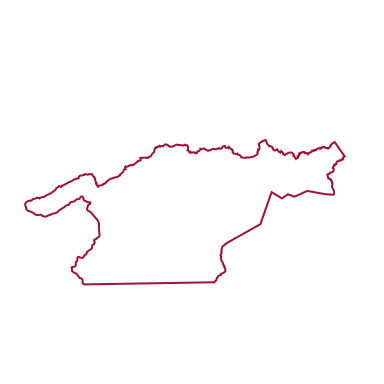 outline of Ialibu/Pangia District, Southern Highlands, Papua New Guinea, rotated 145°
{"feature_id": "67681753B63732128792542", "entity_name": "Ialibu/Pangia District", "entity_type": "district", "adm_level": 2, "iso_a3": "PNG", "parent_name": "Papua New Guinea", "parent_adm1": "Southern Highlands", "projection": "albers", "projection_center": [144.242, -6.409], "detail": "fine", "context": "isolated", "style": "outline", "palette": "rose", "viewbox_px": 384, "rotation_deg": 145, "n_neighbors": 0, "source": "geoboundaries", "source_scale": "gbopen_adm2", "svg_char_len": 6039}
<svg xmlns="http://www.w3.org/2000/svg" viewBox="0 0 384 384"><g transform="rotate(145 192 192)"><path d="M333.1,178.0L225.4,105.2L225.2,105.5L222.7,105.8L221.1,107.2L220.3,107.1L220.1,107.5L218.0,108.2L216.2,107.4L215.4,108.2L211.4,107.6L210.3,108.0L209.0,109.4L208.8,111.4L208.1,111.9L208.3,112.7L207.9,113.9L208.2,114.4L207.8,114.9L207.2,117.4L207.3,118.3L206.5,121.2L205.1,122.4L204.8,124.1L202.6,125.2L202.1,126.6L201.0,127.2L200.8,128.0L198.8,129.4L198.6,129.7L197.3,130.1L196.2,129.8L195.3,130.2L193.5,130.0L193.1,130.3L154.5,126.4L126.9,146.2L122.0,135.2L114.7,135.1L110.8,129.4L96.9,126.7L83.9,113.6L77.6,108.6L76.6,109.1L75.4,110.7L74.8,112.8L74.6,114.8L74.4,115.9L73.8,116.8L73.3,116.7L72.4,118.5L71.8,118.7L71.7,119.8L71.2,120.8L71.6,121.5L71.1,122.4L71.4,123.5L71.9,123.7L71.8,124.5L72.5,125.0L71.7,127.3L71.2,127.9L71.2,128.6L68.4,128.1L67.8,128.6L67.3,128.3L66.7,128.2L65.8,127.7L64.3,127.9L63.0,129.2L62.5,130.4L62.8,131.0L62.3,131.2L61.7,131.9L60.8,131.9L60.5,132.1L58.7,132.0L59.0,132.6L57.9,132.3L56.7,133.3L55.8,133.8L55.0,133.4L53.9,133.5L52.6,132.6L52.3,133.1L50.9,132.4L50.2,132.8L49.4,132.1L49.0,132.9L48.1,133.7L46.5,133.5L46.5,151.1L50.8,151.1L52.1,150.6L52.5,149.8L54.9,149.6L55.6,150.2L55.9,149.8L56.7,150.9L57.4,151.4L57.7,153.1L58.6,153.2L59.4,154.2L59.8,153.7L61.8,153.8L61.9,154.6L62.6,154.4L62.8,154.8L64.1,155.6L65.4,155.4L66.0,155.2L66.6,155.2L67.0,155.9L67.7,155.8L67.9,156.1L68.3,155.9L68.5,156.3L69.6,156.9L69.7,156.3L71.3,156.5L71.6,156.3L72.7,156.8L74.7,156.5L74.3,157.0L74.9,157.1L75.1,157.4L75.7,157.5L76.4,159.1L77.2,159.2L77.2,160.6L78.4,160.9L78.8,161.4L80.6,161.9L80.7,161.4L81.0,161.5L81.8,162.2L82.5,161.6L81.9,161.4L83.2,160.4L84.7,160.6L84.6,160.1L85.0,159.9L85.3,159.3L85.9,159.3L86.6,159.5L87.9,159.5L87.8,163.1L87.4,164.1L87.7,164.1L87.3,164.6L87.5,166.9L88.8,167.9L90.3,168.7L92.3,168.9L93.2,169.2L94.5,169.4L94.8,169.1L95.7,170.9L95.0,171.9L95.4,174.1L95.8,173.6L96.5,174.0L97.0,173.6L97.9,175.4L97.7,176.1L98.0,177.2L97.7,178.1L100.0,178.4L100.9,178.9L101.1,181.2L100.5,181.9L100.7,183.3L101.3,184.5L102.5,185.1L102.3,186.0L102.8,187.7L102.6,189.2L102.3,189.9L102.1,191.4L101.8,192.3L103.4,192.8L104.0,192.8L106.0,193.5L106.8,193.1L108.5,193.4L109.9,193.0L110.6,190.6L112.0,188.8L112.7,188.4L113.5,188.9L113.8,187.9L115.0,187.6L116.0,186.5L116.2,185.6L118.2,185.4L119.7,185.7L120.8,185.5L125.8,187.6L127.3,189.1L128.6,189.1L130.0,190.5L131.7,192.0L131.5,194.0L132.1,195.3L132.9,196.2L132.8,197.2L133.4,197.1L135.1,199.0L135.8,199.5L135.7,200.4L135.9,201.2L134.8,202.5L135.1,203.0L134.9,204.2L135.4,204.6L135.7,206.0L135.9,207.8L137.1,207.2L137.4,208.0L138.8,208.6L139.2,209.5L138.7,210.7L140.2,211.5L141.6,211.3L142.6,210.7L144.0,211.1L144.3,212.3L146.4,212.6L147.6,213.4L149.1,213.9L149.6,215.1L150.8,215.6L152.8,215.6L154.6,216.6L154.9,216.4L155.6,217.0L157.2,220.7L159.5,221.8L160.3,222.6L160.9,221.7L161.4,221.9L163.1,221.5L164.4,222.1L165.5,221.2L166.8,222.2L167.1,222.0L167.4,223.3L170.8,225.1L170.3,225.9L171.3,226.2L171.0,227.0L171.7,228.8L170.8,229.0L170.2,230.3L169.4,230.7L169.1,233.0L170.5,233.8L170.8,234.9L172.3,235.0L177.7,239.8L181.9,240.3L182.5,240.9L183.2,241.2L183.5,241.7L184.3,241.8L185.0,244.7L186.7,246.4L189.1,246.2L190.6,246.8L191.8,248.2L192.4,247.6L193.0,248.6L194.5,248.7L195.7,249.2L196.2,248.6L197.0,249.1L197.6,248.6L198.8,248.0L199.8,246.5L202.6,246.1L205.6,244.8L207.5,245.6L208.4,245.1L209.8,246.0L210.6,247.1L214.8,249.5L215.1,248.3L216.1,247.4L217.0,248.0L217.6,247.8L218.4,248.5L220.0,248.0L224.7,247.8L225.3,248.5L225.7,248.4L226.2,249.0L226.7,248.8L227.4,249.4L231.0,250.0L231.7,251.1L233.1,250.2L233.2,248.8L235.1,249.2L236.4,248.2L237.6,247.7L240.9,247.6L241.4,246.9L244.4,247.2L244.8,247.0L246.3,248.1L247.4,248.2L251.3,249.6L256.6,249.5L257.0,248.9L257.6,249.1L258.6,248.8L259.8,249.6L260.3,249.2L261.3,249.0L264.5,250.5L265.9,250.1L266.0,251.7L265.9,253.1L265.4,253.4L265.8,254.1L265.1,254.5L264.7,256.8L263.6,258.7L263.9,259.5L263.4,260.5L264.0,262.0L263.7,264.1L265.2,264.8L266.0,265.7L267.3,265.9L269.3,268.0L269.8,267.7L270.5,267.8L270.9,268.3L271.9,268.3L274.6,269.7L276.1,269.4L276.9,268.3L281.7,270.0L284.9,270.0L286.9,270.6L294.0,271.3L294.7,271.9L296.3,271.2L297.4,273.0L299.3,272.8L300.9,273.0L302.4,272.1L308.6,271.9L313.8,273.0L314.6,272.7L315.7,272.8L317.7,273.7L319.7,274.4L320.6,274.1L321.7,276.0L324.7,276.7L326.4,277.4L328.5,277.1L330.8,278.5L331.8,278.5L333.3,278.8L334.2,278.6L335.3,277.9L335.9,277.3L336.4,276.4L336.6,274.8L337.3,273.5L337.5,272.5L337.4,271.4L336.4,269.6L335.1,268.1L333.8,265.3L333.7,264.5L333.0,263.0L331.9,261.7L329.0,260.2L328.6,259.7L328.4,258.5L328.1,257.8L326.5,256.1L325.3,255.5L322.6,255.1L321.1,254.6L318.7,254.1L315.6,253.0L313.7,252.6L311.8,253.2L310.9,253.2L309.9,253.0L306.6,253.0L305.9,252.8L305.0,252.8L303.9,253.1L302.4,253.1L300.7,252.2L299.9,252.2L298.7,253.0L297.1,253.2L296.1,252.9L294.2,251.8L293.4,251.7L292.1,252.1L290.7,252.1L288.4,251.1L287.3,251.3L286.1,251.8L285.1,251.8L284.3,250.8L284.2,249.9L284.5,249.2L285.3,248.1L285.0,246.6L284.2,245.4L283.6,243.8L282.8,243.0L281.7,242.4L281.3,241.8L281.3,241.5L282.3,240.8L284.6,240.8L287.0,239.0L287.9,238.3L288.1,237.5L287.9,236.4L287.1,235.0L286.7,234.2L286.4,232.4L286.4,231.3L286.2,230.8L285.9,227.2L285.9,226.0L285.5,223.7L285.6,221.7L286.2,219.8L287.4,217.9L289.1,215.7L291.4,211.7L292.3,209.8L292.8,209.3L293.3,208.9L296.0,208.6L296.3,208.8L297.6,208.4L299.1,208.9L299.8,208.8L300.3,208.1L300.3,207.2L300.6,206.7L301.3,205.9L301.8,205.6L303.9,205.6L304.9,204.9L305.7,203.8L306.3,203.4L307.3,203.1L308.6,203.1L309.9,203.3L312.5,203.1L314.0,201.8L314.6,201.6L315.6,201.9L316.5,201.9L318.0,201.0L319.1,200.7L319.7,201.0L321.3,202.4L321.7,203.5L322.3,204.1L322.9,204.2L323.8,203.6L324.6,202.5L325.3,201.8L326.0,201.3L327.5,201.2L329.0,198.8L329.7,198.3L330.8,198.2L331.5,198.4L333.1,199.3L333.7,199.3L334.1,199.1L334.3,198.6L334.5,197.4L335.5,196.3L335.6,195.7L335.0,193.9L333.5,191.4L333.4,186.0L332.2,184.7L332.1,183.1L332.4,182.3L333.8,180.2L333.9,179.4L333.1,178.0Z" fill="none" stroke="#9f1239" stroke-width="2"/></g></svg>